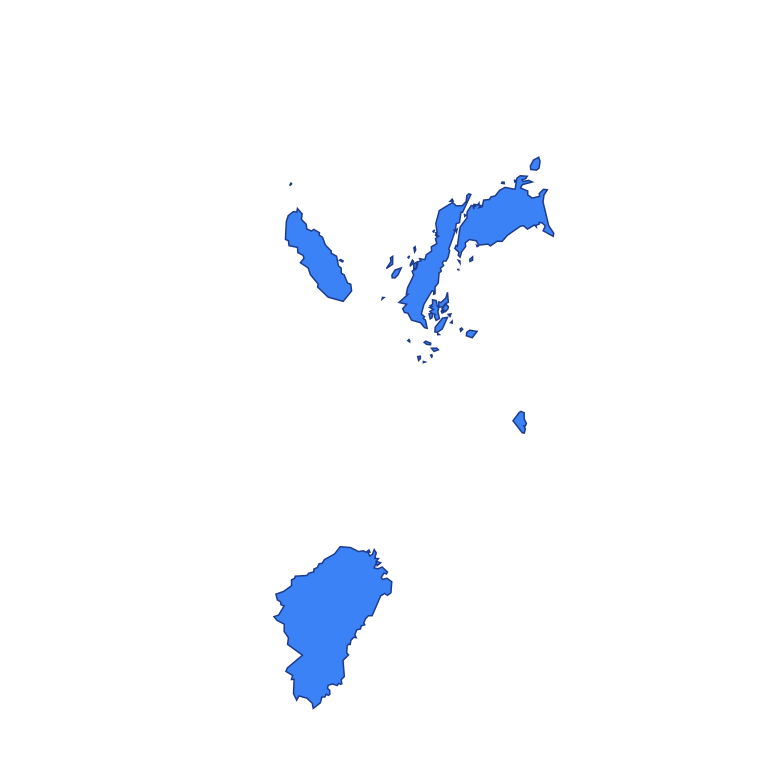 Nias Selatan, Sumatera Utara, Indonesia (Albers equal-area conic projection), rotated 233°
{"feature_id": "22746128B70987165350034", "entity_name": "Nias Selatan", "entity_type": "district", "adm_level": 2, "iso_a3": "IDN", "parent_name": "Indonesia", "parent_adm1": "Sumatera Utara", "projection": "albers", "projection_center": [98.287, 0.198], "detail": "fine", "context": "isolated", "style": "filled", "palette": "blue", "viewbox_px": 768, "rotation_deg": 233, "n_neighbors": 0, "source": "geoboundaries", "source_scale": "gbopen_adm2", "svg_char_len": 6187}
<svg xmlns="http://www.w3.org/2000/svg" viewBox="0 0 768 768"><g transform="rotate(233 384 384)"><path d="M191.2,125.4L184.1,124.0L186.0,128.4L179.6,133.3L172.3,134.6L167.5,132.2L167.7,141.3L171.3,145.9L169.7,148.5L171.0,151.2L168.8,152.2L168.8,154.0L172.0,156.3L175.0,155.7L177.0,158.2L175.3,162.5L171.4,165.1L172.2,167.8L170.3,168.5L170.0,169.9L173.6,171.8L174.3,176.3L187.9,184.9L189.0,192.7L191.5,192.3L197.0,196.9L197.6,199.0L196.3,200.2L199.2,203.3L200.0,207.4L198.1,209.1L201.4,209.9L204.1,214.4L202.5,217.8L204.5,220.2L203.3,223.7L205.3,224.0L207.6,227.8L208.3,232.1L206.1,235.1L216.8,253.8L216.3,258.5L213.2,259.6L213.1,263.9L221.4,271.2L227.1,269.4L228.8,265.2L231.2,265.4L233.0,270.2L230.8,271.7L231.8,273.6L238.9,272.4L240.1,267.9L243.1,265.4L245.7,270.2L243.1,269.2L243.2,273.8L247.1,271.1L247.9,274.5L250.3,271.7L253.8,276.2L257.6,276.5L254.8,272.1L255.3,269.2L259.2,269.9L258.2,271.6L260.5,272.1L260.5,268.4L263.2,267.2L265.5,262.8L273.6,258.8L280.4,251.1L278.0,242.3L279.6,230.7L278.1,226.7L279.5,223.8L277.5,220.4L278.4,216.7L276.2,214.8L278.2,210.0L277.4,207.3L283.9,197.5L282.6,195.6L283.3,192.3L278.6,188.8L278.7,179.2L281.2,171.2L275.7,168.9L272.2,170.3L269.8,168.9L266.9,170.7L262.9,160.9L264.4,156.1L259.4,156.4L252.2,159.8L246.5,155.3L238.9,155.0L234.1,150.3L216.5,155.7L215.4,135.9L213.5,132.7L206.2,135.6L203.7,132.2L202.2,134.5L191.2,125.4ZM444.2,523.1L442.2,520.8L439.5,521.1L442.9,525.6L444.7,532.0L447.8,533.8L448.0,539.1L442.7,544.0L438.0,543.0L433.2,551.2L430.3,552.0L429.9,560.4L426.8,564.1L428.5,572.3L427.9,587.9L426.5,590.7L421.4,591.8L420.5,599.9L418.0,600.2L419.3,600.8L418.3,604.0L419.6,605.3L417.1,607.4L413.1,607.9L410.6,603.3L400.1,608.0L402.3,610.3L411.3,610.8L433.8,620.6L438.7,625.6L440.8,631.3L443.5,628.6L442.7,622.6L440.2,621.2L443.3,614.3L448.5,612.6L451.6,614.9L458.4,611.0L460.0,614.4L456.1,624.0L459.5,622.1L462.2,616.9L464.0,617.2L462.7,620.7L463.7,623.4L468.3,618.1L468.4,614.0L460.6,605.8L468.2,599.0L469.1,592.8L467.3,586.0L469.1,582.0L467.9,579.2L470.9,574.3L466.4,569.0L467.6,566.2L468.2,568.8L469.6,567.5L471.3,568.7L470.7,566.9L473.3,563.8L472.0,562.9L470.8,564.7L471.1,561.9L469.6,560.9L472.5,562.5L474.0,561.2L471.3,553.8L466.8,550.3L463.5,539.2L449.8,525.4L451.3,525.0L449.7,522.1L444.2,523.1ZM432.9,444.2L428.8,443.4L426.2,445.7L418.5,444.4L410.9,450.1L404.7,450.3L402.5,452.0L410.2,455.6L412.9,454.8L413.3,456.9L417.4,455.9L423.6,463.9L429.5,478.2L428.2,479.7L425.8,477.6L425.4,479.1L430.8,483.2L432.1,488.2L439.5,494.8L439.7,497.7L442.5,498.7L442.7,502.9L445.7,503.5L446.4,505.6L444.9,507.5L446.6,511.4L451.0,516.7L452.8,516.9L463.4,532.9L465.3,532.1L463.9,533.5L468.6,538.2L467.5,541.4L474.9,548.9L473.8,550.0L483.1,567.4L484.8,566.2L484.6,563.5L480.3,559.4L479.3,553.8L482.8,548.9L487.7,548.0L489.2,532.5L480.9,521.9L472.9,517.5L473.7,516.2L469.9,516.4L472.5,514.5L469.3,515.1L468.9,512.4L464.3,510.7L465.1,504.3L461.5,502.0L461.8,495.5L458.7,491.5L462.6,487.9L460.1,487.6L461.4,483.9L459.5,483.1L456.6,479.1L457.2,474.4L453.0,473.1L446.7,460.8L442.4,455.9L441.2,457.2L440.1,445.0L434.1,450.1L432.9,444.2ZM501.4,389.3L486.9,391.7L474.6,401.1L477.8,414.1L483.7,417.5L486.6,415.6L495.2,417.9L498.2,416.6L502.5,419.6L505.6,418.7L514.7,423.0L520.2,420.5L521.9,421.9L530.2,420.8L538.3,423.2L541.8,421.8L543.7,423.5L549.8,420.9L549.8,418.1L554.3,415.7L558.5,418.0L565.2,417.1L569.1,421.0L576.3,420.5L573.8,417.9L576.2,415.3L576.1,408.9L572.6,403.8L558.8,392.3L556.0,393.9L551.6,391.4L545.2,397.1L540.8,394.3L535.5,396.8L532.6,395.8L531.2,390.2L522.4,393.3L515.5,391.0L503.6,391.6L501.4,389.3ZM277.0,464.9L261.7,465.1L260.4,466.5L263.1,469.9L266.4,470.5L265.4,471.6L266.8,474.0L271.9,475.0L276.6,478.6L279.7,476.9L279.9,474.9L277.0,464.9ZM408.2,460.1L408.0,462.1L411.0,465.3L408.6,466.7L408.0,465.0L403.4,463.9L402.9,467.7L409.3,470.5L412.0,473.7L414.3,473.5L419.2,475.9L422.1,473.4L418.4,470.8L418.7,468.1L417.1,468.9L417.8,466.5L414.0,468.4L414.3,464.3L411.7,464.9L412.9,462.2L408.2,460.1ZM467.0,630.3L463.0,634.6L463.2,637.9L467.9,642.6L472.0,644.0L472.9,638.2L470.1,632.1L467.0,630.3ZM401.4,470.5L398.6,459.2L395.0,456.0L393.2,457.6L392.9,463.7L399.0,474.8L401.4,470.5ZM416.6,477.0L412.4,474.1L410.0,477.7L411.2,480.8L410.6,484.6L419.0,489.9L415.4,485.0L414.8,478.6L416.6,477.0ZM370.0,490.0L375.4,484.8L375.4,481.1L373.0,478.8L367.8,482.3L370.0,490.0ZM468.4,461.5L466.3,456.0L463.9,454.4L462.1,456.7L462.8,461.0L466.3,467.6L468.4,461.5ZM409.3,475.8L404.8,476.7L405.6,480.4L407.0,481.9L410.6,481.5L409.3,475.8ZM474.8,455.4L474.4,462.9L480.7,467.8L480.8,465.0L477.6,463.3L474.8,455.4ZM384.0,443.4L379.9,443.5L378.6,448.0L380.9,447.7L384.0,443.4ZM461.6,483.6L462.1,480.3L457.7,476.7L457.3,479.4L461.6,483.6ZM388.5,445.9L393.1,443.1L393.1,441.1L390.1,441.8L387.3,444.8L388.5,445.9ZM384.4,429.7L385.6,427.4L381.9,425.8L382.4,428.4L384.4,429.7ZM432.2,531.3L432.0,527.6L430.1,526.4L429.6,529.3L432.2,531.3ZM382.1,479.6L382.2,477.9L379.9,477.0L380.3,479.8L382.1,479.6ZM401.0,477.1L398.2,477.3L399.8,479.7L401.0,477.1ZM465.8,481.2L463.4,476.7L462.5,476.2L462.8,479.7L464.3,481.4L465.8,481.2ZM474.9,491.5L474.8,489.8L471.0,487.9L472.0,490.0L474.9,491.5ZM506.8,425.4L509.5,424.3L509.7,422.9L506.5,424.3L506.8,425.4ZM490.6,549.7L490.1,546.8L488.4,549.3L490.6,549.7ZM472.9,601.4L474.2,599.9L473.5,598.7L471.6,600.6L472.9,601.4ZM391.6,475.1L393.3,476.3L392.9,474.1L391.6,475.1ZM405.7,473.1L405.4,475.0L408.1,474.7L407.7,473.5L405.7,473.1ZM404.5,430.7L404.3,429.1L402.1,429.8L403.0,430.6L404.5,430.7ZM453.0,436.1L454.1,434.9L452.9,433.5L453.0,436.1ZM469.4,551.1L470.9,550.3L469.3,549.4L469.4,551.1ZM378.6,439.8L379.0,438.6L376.8,438.2L376.9,439.0L378.6,439.8ZM390.2,457.9L392.0,457.3L391.0,456.6L390.2,457.9ZM436.5,518.7L438.0,517.8L434.8,517.5L436.5,518.7ZM476.5,517.3L476.4,515.0L475.7,515.0L476.5,517.3ZM376.8,430.1L378.3,429.0L377.4,428.3L376.8,430.1ZM463.7,535.7L463.8,534.4L462.1,533.7L463.7,535.7ZM600.5,430.6L599.5,428.6L599.2,428.7L599.4,430.7L600.5,430.6ZM466.6,610.1L466.9,611.5L468.1,611.2L468.0,610.6L466.6,610.1ZM471.0,481.5L470.8,479.4L469.8,479.6L471.0,481.5ZM430.5,512.7L431.5,511.4L430.1,512.4L430.5,512.7ZM437.5,541.9L438.9,541.4L437.7,541.0L437.5,541.9Z" fill="#3b82f6" stroke="#1e3a8a" stroke-width="1.5"/></g></svg>